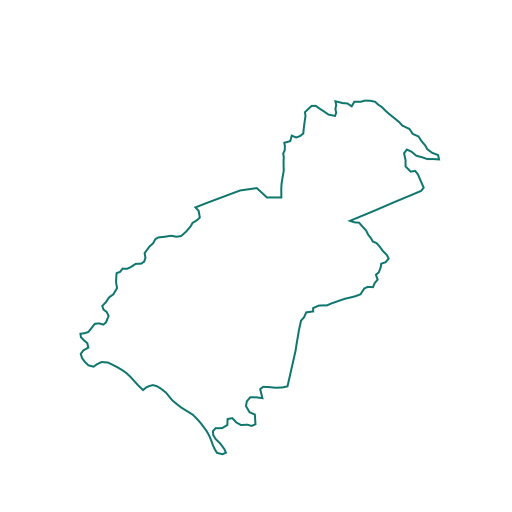 Cabo de Santo Agostinho, Pernambuco, Brazil, rotated 118°
{"feature_id": "56859067B83174667423697", "entity_name": "Cabo de Santo Agostinho", "entity_type": "district", "adm_level": 2, "iso_a3": "BRA", "parent_name": "Brazil", "parent_adm1": "Pernambuco", "projection": "natural_earth1", "projection_center": [-35.086, -8.276], "detail": "fine", "context": "isolated", "style": "outline", "palette": "teal", "viewbox_px": 512, "rotation_deg": 118, "n_neighbors": 0, "source": "geoboundaries", "source_scale": "gbopen_adm2", "svg_char_len": 2993}
<svg xmlns="http://www.w3.org/2000/svg" viewBox="0 0 512 512"><g transform="rotate(118 256 256)"><path d="M291.9,185.9L287.5,184.8L282.2,185.2L278.1,179.5L275.2,181.1L270.4,177.4L268.4,174.1L266.3,170.2L262.3,167.0L257.0,162.1L251.7,157.1L248.6,153.5L245.1,149.6L240.7,145.7L233.9,145.2L230.8,142.8L228.6,138.1L224.2,138.5L219.8,137.5L216.3,141.3L212.7,139.9L207.4,140.6L204.0,141.8L200.7,138.7L196.0,137.7L193.7,140.9L191.9,146.7L189.6,151.2L188.0,155.7L188.4,159.6L186.1,163.3L184.5,167.0L181.8,170.7L179.7,176.8L178.2,180.5L180.1,185.1L180.8,189.5L159.9,172.3L145.5,160.8L138.8,155.3L128.9,147.2L121.0,140.8L117.0,140.0L107.8,151.5L106.2,155.5L108.9,159.0L106.7,166.0L101.1,169.0L95.8,173.5L91.2,172.8L90.9,167.6L92.2,161.5L90.7,154.9L90.0,150.2L87.3,145.2L84.8,139.7L81.4,142.6L82.2,148.8L81.3,154.9L79.0,158.4L76.8,163.9L74.2,168.6L74.6,175.0L71.8,180.1L72.2,187.9L70.6,192.4L69.5,197.7L68.1,205.1L66.7,210.8L65.4,214.8L65.0,219.2L63.9,223.2L65.3,228.0L67.6,232.7L70.8,236.1L73.6,241.6L78.9,241.8L78.4,246.9L80.3,251.2L82.1,258.5L85.0,256.1L88.9,254.9L92.0,252.4L95.3,252.0L97.1,258.4L96.5,263.5L96.0,269.0L95.4,273.8L97.4,277.4L102.1,279.0L106.1,280.3L109.0,278.1L116.0,275.6L121.5,273.5L125.6,271.8L129.4,273.4L132.5,276.2L132.9,280.9L138.5,279.7L142.7,284.2L145.4,282.1L149.1,280.3L152.8,280.1L155.8,277.8L159.3,276.2L163.9,273.7L167.8,271.5L172.2,270.1L180.1,267.4L185.1,265.1L188.0,263.5L192.4,261.1L199.2,273.8L197.7,279.3L195.7,287.2L205.6,300.8L231.3,323.5L241.5,332.3L243.1,327.8L248.4,323.7L252.1,324.9L256.7,327.6L260.1,327.6L263.9,328.4L267.1,329.1L273.6,331.5L276.4,335.4L278.0,340.5L282.0,345.8L285.4,350.9L288.4,352.8L293.1,352.8L297.6,354.5L305.7,355.7L309.5,352.8L313.4,352.1L316.7,353.8L319.4,358.5L324.9,361.6L327.9,363.9L329.8,367.9L333.9,368.6L336.5,371.0L340.4,369.4L344.8,367.3L349.6,363.6L356.9,364.0L361.5,366.3L367.4,366.9L372.3,368.3L374.9,365.5L375.5,361.6L378.1,358.0L385.0,357.3L388.2,358.5L389.2,363.0L391.6,366.5L397.3,367.5L401.7,368.3L404.4,370.8L407.1,374.5L409.9,372.4L411.1,368.7L412.2,364.0L415.6,361.0L420.3,364.1L424.7,364.8L427.7,361.8L429.8,357.5L431.2,352.6L430.0,347.5L426.5,345.7L422.2,342.7L419.6,336.8L419.4,332.1L419.3,325.8L419.6,320.2L420.2,315.5L421.7,310.0L423.7,304.5L425.6,299.1L427.4,292.8L423.7,291.3L421.0,289.3L418.4,286.4L417.5,282.5L417.7,278.1L418.9,271.3L420.9,266.6L422.8,262.0L423.9,256.5L424.9,251.0L425.3,244.9L425.8,237.3L427.7,231.1L429.5,226.4L432.0,221.1L433.8,217.4L435.7,214.3L437.9,211.3L440.4,208.4L443.2,205.3L445.5,202.4L448.1,198.1L446.8,192.6L443.8,190.2L441.5,193.1L438.5,199.2L436.5,205.9L434.3,209.6L430.9,211.8L427.0,210.8L423.9,205.1L418.7,202.0L413.3,204.5L410.3,200.8L412.2,195.3L412.3,189.9L409.0,184.4L408.1,180.1L404.8,177.5L396.5,182.6L397.0,188.3L393.2,194.4L388.6,195.9L383.4,194.7L380.6,189.3L378.5,183.6L371.6,189.8L368.2,188.3L366.0,183.8L364.4,179.9L362.8,176.2L359.6,170.9L356.3,167.0L321.1,176.6L316.3,178.3L300.9,183.4L291.9,185.9Z" fill="none" stroke="#0f766e" stroke-width="2"/></g></svg>